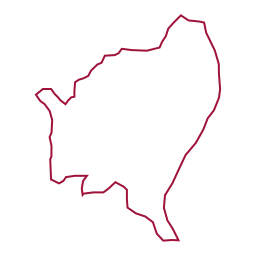 Oskarshamn, Kalmar, Sweden (Albers equal-area conic projection)
{"feature_id": "70781695B81120519064145", "entity_name": "Oskarshamn", "entity_type": "district", "adm_level": 2, "iso_a3": "SWE", "parent_name": "Sweden", "parent_adm1": "Kalmar", "projection": "albers", "projection_center": [16.317, 57.382], "detail": "fine", "context": "isolated", "style": "outline", "palette": "rose", "viewbox_px": 256, "rotation_deg": 0, "n_neighbors": 0, "source": "geoboundaries", "source_scale": "gbopen_adm2", "svg_char_len": 1118}
<svg xmlns="http://www.w3.org/2000/svg" viewBox="0 0 256 256"><path d="M178.5,240.3L177.8,238.8L172.6,228.5L167.4,220.4L163.9,207.8L165.0,195.2L172.5,183.1L179.9,167.0L185.6,155.0L195.8,142.9L203.2,129.8L207.7,118.3L213.9,110.3L219.0,97.7L220.1,89.1L218.9,73.2L218.8,64.1L214.8,50.4L206.2,32.8L204.1,22.6L199.8,21.6L188.4,20.4L180.9,15.4L173.4,22.9L168.3,28.6L165.8,36.2L162.1,41.8L159.6,47.5L147.0,50.7L131.9,50.1L122.6,48.9L121.8,48.8L118.6,53.2L114.8,55.1L104.8,55.7L101.6,62.7L97.2,64.6L92.6,69.1L90.9,70.8L88.3,75.9L83.3,78.4L78.9,79.7L75.1,82.2L74.4,91.0L74.4,96.7L71.3,97.3L68.1,100.5L65.5,104.2L60.5,100.4L58.0,97.3L54.8,94.1L51.1,89.0L42.9,89.0L35.9,94.7L40.3,101.0L44.7,104.2L49.7,111.1L52.2,120.0L51.5,132.7L49.6,137.1L51.5,145.9L51.4,156.7L50.2,159.2L51.1,179.6L52.6,180.2L59.0,183.4L63.4,180.9L66.0,177.1L74.8,175.8L86.9,175.8L83.1,180.9L81.8,188.5L82.6,194.9L83.7,193.6L93.2,192.4L103.4,192.4L108.5,188.6L115.4,182.2L123.7,186.7L126.9,189.8L126.9,198.7L127.5,207.6L135.8,213.3L145.3,216.5L152.9,222.2L156.8,233.7L163.2,240.6L172.1,240.0L178.5,240.3Z" fill="none" stroke="#9f1239" stroke-width="2"/></svg>